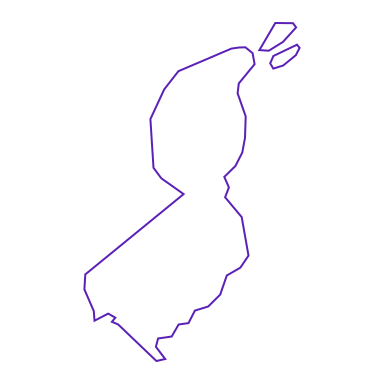 Sindo, North Korea (Albers equal-area conic projection)
{"feature_id": "82179303B2981535202544", "entity_name": "Sindo", "entity_type": "district", "adm_level": 2, "iso_a3": "PRK", "parent_name": "North Korea", "parent_adm1": "", "projection": "albers", "projection_center": [124.262, 39.858], "detail": "fine", "context": "isolated", "style": "outline", "palette": "violet", "viewbox_px": 384, "rotation_deg": 0, "n_neighbors": 0, "source": "geoboundaries", "source_scale": "gbopen_adm2", "svg_char_len": 797}
<svg xmlns="http://www.w3.org/2000/svg" viewBox="0 0 384 384"><path d="M194.9,310.6L208.2,306.5L220.2,294.6L226.8,275.5L240.4,267.6L248.5,255.6L241.7,217.1L225.1,197.3L228.9,187.4L224.3,176.9L235.4,166.0L242.3,152.5L245.0,137.9L245.7,116.4L237.6,93.3L238.8,83.4L254.6,64.2L252.6,53.2L245.4,47.3L239.1,47.5L231.4,48.6L178.4,71.2L164.2,89.4L150.4,119.1L153.5,167.8L161.3,178.3L183.6,194.1L85.3,274.4L84.4,289.4L93.8,311.1L94.5,320.7L108.2,313.6L115.3,317.7L111.9,321.8L118.1,324.4L156.4,361.0L165.2,359.0L155.9,346.8L158.1,338.5L171.7,336.5L178.6,324.5L188.5,323.1L194.9,310.6ZM282.9,42.0L296.1,27.4L293.0,23.2L275.3,23.0L259.4,50.1L268.8,50.7L282.9,42.0ZM283.2,65.5L295.8,55.2L299.6,47.9L297.0,44.7L273.4,56.0L270.2,63.3L273.3,68.6L283.2,65.5Z" fill="none" stroke="#5b21b6" stroke-width="2"/></svg>